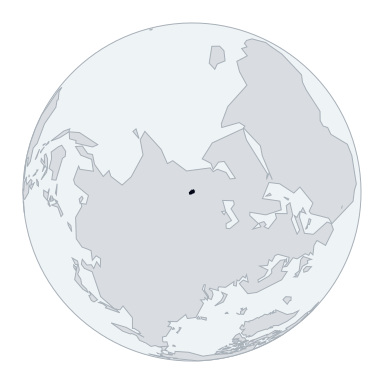 globe centered on Uruzgan, rotated 168°
{"feature_id": "AFG-1752", "entity_name": "Uruzgan", "entity_type": "Province", "adm_level": 1, "iso_a3": "AFG", "parent_name": "Afghanistan", "parent_adm1": "", "projection": "orthographic", "projection_center": [66.006, 32.797], "detail": "fine", "context": "on_globe", "style": "filled", "palette": "ink", "viewbox_px": 384, "rotation_deg": 168, "n_neighbors": 0, "source": "natural_earth", "source_scale": "10m", "svg_char_len": 11489}
<svg xmlns="http://www.w3.org/2000/svg" viewBox="0 0 384 384"><g transform="rotate(168 192 192)"><circle cx="192" cy="192" r="169" fill="#eef3f6" stroke="#a8b0b8"/><path d="M220.9,25.5L222.6,26.0L236.9,30.6L245.0,32.9L240.4,32.2L258.2,37.7L268.2,42.8L254.6,36.7L251.5,35.8L257.3,38.8L255.3,38.7L257.0,40.2L254.1,40.0L246.4,36.9L244.5,36.8L248.6,39.0L248.4,40.5L242.6,37.2L241.6,39.6L228.5,35.9L215.3,29.1L205.8,28.5L186.2,25.8L185.8,26.6L178.0,26.7L174.7,27.7L172.0,27.4L171.6,28.6L174.7,28.7L175.5,29.4L173.8,30.2L170.1,29.7L170.4,29.3L168.5,29.6L167.3,29.1L166.9,29.8L162.6,29.4L164.3,31.0L158.7,31.7L156.6,31.2L160.2,29.6L164.2,26.0L163.2,25.8L158.1,26.6L141.2,31.0L138.7,31.7L136.6,32.4L148.3,28.8L160.2,26.1L172.2,24.2L184.4,23.2L196.6,23.1L208.8,23.9L220.9,25.5ZM132.6,33.8L137.1,32.3L135.3,33.5L141.2,31.9L141.3,32.3L146.0,31.8L141.6,33.7L134.8,36.1L130.7,36.8L127.6,38.0L128.5,39.1L118.0,42.7L106.1,49.4L103.8,50.4L104.6,48.4L112.2,43.4L112.9,42.7L132.6,33.8ZM111.7,43.3L108.8,45.2L103.1,48.3L100.6,49.9L98.7,51.2L99.4,51.0L96.7,52.7L98.7,51.1L101.6,49.3L101.7,49.2L111.7,43.3ZM251.2,34.9L247.9,33.5L251.8,35.0L251.2,34.9ZM257.7,40.5L259.2,41.1L259.4,41.7L257.7,40.5ZM148.1,30.8L147.0,31.3L146.7,31.1L148.1,30.8ZM151.1,30.3L151.4,29.7L152.9,29.4L152.7,29.7L151.1,30.3ZM255.3,41.9L255.1,43.0L254.0,41.4L255.3,41.9ZM150.3,31.0L155.5,28.9L158.1,28.4L159.3,29.3L150.3,31.0ZM254.1,43.3L253.9,46.3L257.3,47.6L247.4,46.1L250.9,43.7L249.0,41.4L251.9,43.0L254.1,43.3ZM176.4,28.5L173.0,28.3L177.4,27.8L176.4,28.5ZM179.0,28.1L191.3,26.3L195.4,27.3L190.4,27.5L197.0,28.4L193.0,29.7L188.5,29.5L186.6,28.5L186.5,29.8L179.0,28.1ZM242.0,45.0L240.8,45.4L240.6,44.4L242.0,45.0ZM176.2,29.7L178.3,29.1L182.0,29.8L178.5,31.1L178.4,30.4L176.2,29.7ZM200.7,28.2L202.9,29.2L200.2,30.4L200.7,30.9L193.3,29.8L200.7,28.2ZM176.7,30.7L176.6,31.8L173.3,32.2L174.4,30.3L176.7,30.7ZM184.5,29.5L186.1,30.0L184.0,30.1L184.5,29.5ZM161.5,34.9L163.9,33.9L166.1,34.2L161.5,34.9ZM176.8,32.2L177.9,32.1L179.0,32.1L178.3,33.0L176.8,32.2ZM191.9,30.9L190.3,31.3L194.8,31.4L193.0,32.5L188.4,31.6L189.6,32.5L189.0,32.9L185.9,31.8L191.9,30.9ZM180.9,34.1L174.4,33.8L169.4,35.4L167.3,35.2L175.8,32.7L180.9,34.1ZM184.1,32.8L181.6,33.5L180.3,32.7L181.2,31.8L184.1,32.8ZM193.4,33.7L197.4,32.1L198.2,32.4L193.4,33.7ZM179.7,34.7L181.3,34.8L179.5,34.9L179.7,34.7ZM189.5,34.1L190.8,33.4L191.7,33.8L189.5,34.1ZM183.4,35.6L181.3,35.4L181.8,34.7L183.4,35.6ZM186.4,35.0L187.4,35.6L183.2,34.5L186.8,34.7L186.4,35.0ZM190.2,34.5L191.1,34.5L189.5,34.7L190.2,34.5ZM182.6,38.7L177.2,37.5L178.4,35.8L183.4,37.1L182.6,38.7ZM28.1,194.4L29.6,165.7L32.9,159.7L36.4,149.4L61.7,132.0L63.8,138.0L80.0,146.0L81.4,148.8L76.0,155.9L85.4,174.4L92.6,169.8L104.5,181.8L114.7,185.3L124.5,170.9L107.9,164.8L108.4,156.0L124.6,154.3L139.6,160.2L140.4,157.0L133.7,147.3L140.2,143.1L131.8,143.6L133.0,147.5L127.8,148.1L126.3,144.6L128.7,143.1L125.0,140.2L114.8,148.8L115.0,153.7L103.4,151.0L102.6,159.1L98.4,161.1L98.3,148.2L100.6,144.5L98.0,128.9L94.6,132.4L96.8,147.6L94.8,145.4L90.1,151.0L92.1,145.1L90.6,128.2L82.1,125.4L66.2,134.5L62.4,132.3L61.5,125.9L72.5,112.0L79.8,118.6L83.8,114.4L86.8,105.4L88.8,108.4L90.9,105.8L94.1,108.1L103.0,104.8L106.9,106.7L114.7,99.5L117.7,99.6L112.3,103.7L110.6,107.9L120.9,113.2L124.1,112.5L128.3,107.5L130.6,109.9L133.3,104.5L141.3,105.5L133.9,99.9L138.6,94.7L145.7,92.4L145.9,89.9L134.4,93.7L130.9,96.2L130.1,99.9L119.7,106.8L115.2,106.4L121.1,95.9L115.5,94.4L122.5,87.5L149.5,80.3L158.6,80.9L164.7,92.6L160.1,95.2L155.7,92.1L155.9,99.8L157.8,96.8L159.7,99.0L164.7,95.2L166.3,96.6L168.3,90.7L170.8,92.0L169.5,95.7L179.0,91.8L185.4,93.7L186.8,92.2L186.5,90.0L194.8,94.3L195.4,93.1L193.0,91.1L192.7,87.4L195.4,82.8L198.1,84.5L197.5,86.4L200.3,93.3L198.2,98.5L199.6,98.8L202.1,94.7L198.6,86.3L199.5,83.0L201.8,86.7L201.0,85.1L202.3,84.0L206.1,84.7L203.9,80.7L214.3,68.5L222.8,69.2L223.6,73.5L233.8,68.3L242.5,70.5L240.2,68.5L243.5,65.4L240.8,64.6L240.0,63.5L247.3,56.3L251.1,56.3L251.7,51.9L250.5,51.0L247.7,50.7L247.4,46.1L257.3,47.6L259.5,49.4L264.2,49.5L268.4,53.8L274.1,57.8L276.1,63.1L280.4,66.2L281.8,65.9L288.7,70.3L298.3,80.8L284.6,73.3L269.0,59.8L274.9,65.1L271.8,64.4L272.8,66.7L277.1,70.7L278.6,70.9L276.4,81.4L283.2,94.9L287.0,91.7L292.1,93.9L303.1,108.6L306.2,134.7L313.1,139.7L315.3,144.3L313.3,149.0L310.0,142.4L305.6,141.8L304.0,137.6L299.8,143.6L297.3,137.9L295.2,145.9L299.0,149.5L303.7,145.9L302.9,155.7L311.0,161.0L314.9,170.3L311.1,191.4L302.8,200.7L302.9,203.9L298.1,202.1L294.0,210.1L304.8,223.8L305.3,228.6L297.5,240.9L296.9,237.5L284.1,232.8L283.4,244.8L293.1,251.1L296.5,260.7L289.7,259.7L286.1,251.3L281.5,249.4L281.6,239.3L275.6,225.6L268.7,230.3L268.1,224.1L258.9,213.3L248.3,219.5L232.2,238.4L231.8,253.9L225.5,261.1L213.3,240.1L210.2,224.9L204.3,226.6L193.0,213.7L169.2,211.8L167.1,207.5L162.4,209.0L154.6,204.0L152.0,196.8L146.7,196.4L154.1,215.2L159.9,215.7L166.6,209.7L167.5,216.1L175.1,222.3L162.0,235.8L128.8,243.4L127.9,231.5L114.4,194.1L116.0,190.7L116.1,190.3L116.1,189.5L112.5,194.8L110.9,187.4L115.7,212.9L115.5,222.9L128.3,244.0L126.6,245.4L131.4,250.1L149.5,248.9L149.1,252.7L139.2,268.2L116.1,285.0L120.5,299.7L121.0,310.5L109.6,313.7L113.6,322.0L108.1,322.5L109.8,326.5L107.1,328.9L101.5,329.3L88.7,322.8L85.5,318.9L75.4,308.2L60.5,283.8L61.1,276.3L59.0,267.9L50.0,244.3L51.8,235.2L50.0,229.2L45.9,226.9L44.2,219.6L41.9,217.4L30.1,206.4L28.1,194.4ZM49.3,144.7L47.7,147.5L49.3,144.7ZM153.3,174.8L163.8,177.4L163.1,166.5L167.1,166.7L165.3,163.1L163.0,165.7L159.3,155.9L165.3,153.9L166.1,149.4L162.6,148.3L152.2,153.7L157.3,167.5L153.2,171.1L153.3,174.8ZM102.9,48.5L102.6,48.7L100.3,50.2L100.6,50.0L102.9,48.5ZM94.9,55.5L90.6,58.2L93.9,55.9L93.4,55.7L99.7,51.1L102.9,50.6L100.4,51.5L94.9,55.5ZM108.9,45.3L104.6,47.9L109.2,45.1L108.9,45.3ZM99.3,90.3L99.0,93.0L95.6,95.3L90.7,94.1L95.5,90.6L99.3,90.3ZM99.3,96.4L106.5,87.0L109.9,87.8L106.8,88.9L108.3,90.3L103.7,92.5L99.8,103.0L96.6,105.8L89.2,101.3L93.4,101.0L93.5,98.2L99.3,96.4ZM119.1,65.4L122.2,62.4L125.4,67.8L122.1,70.1L116.9,68.7L117.8,65.3L119.1,65.4ZM151.4,33.5L152.4,32.7L153.5,32.7L153.4,33.4L151.4,33.5ZM162.4,34.5L148.1,37.1L148.5,36.2L139.6,39.3L137.2,38.5L143.1,36.4L134.6,38.3L139.0,36.1L133.1,37.8L146.4,33.3L149.9,31.7L146.9,33.7L148.9,34.5L150.9,34.3L159.1,33.0L167.8,30.5L171.2,31.2L171.3,32.4L169.8,33.1L168.0,32.3L167.2,33.9L163.5,33.3L162.4,34.5ZM170.6,51.8L169.3,49.6L167.0,54.4L163.2,53.1L163.2,53.8L159.1,54.0L154.1,55.6L153.0,54.7L151.5,55.7L148.8,56.1L146.4,57.3L143.5,56.2L140.3,57.6L140.7,56.3L136.1,59.2L138.2,56.6L134.9,57.1L134.6,59.3L124.5,52.4L118.6,52.3L112.5,53.7L117.0,49.6L125.5,45.9L135.3,43.4L140.3,44.4L141.4,42.6L144.1,42.7L142.1,44.1L146.8,42.0L148.5,42.5L157.2,41.5L163.0,38.7L166.3,38.5L164.9,39.8L169.2,38.7L168.8,41.2L171.1,41.2L173.1,43.8L169.1,46.8L172.0,46.6L173.6,48.9L170.6,51.8ZM182.9,39.5L178.9,42.8L174.9,43.9L173.1,38.9L171.0,38.6L169.8,35.8L175.6,34.4L175.4,35.3L176.6,35.8L174.3,36.0L177.1,36.3L176.9,37.6L179.0,38.2L177.1,39.1L182.9,39.5ZM85.2,147.2L86.8,148.6L89.6,149.9L86.8,153.6L85.2,147.2ZM84.0,135.7L85.6,136.1L83.0,141.6L81.4,140.3L84.0,135.7ZM88.8,131.9L85.9,135.7L86.6,132.9L88.8,131.9ZM114.1,104.0L116.1,104.4L115.5,105.7L113.3,107.0L114.1,104.0ZM163.0,67.5L162.8,65.6L164.0,65.4L167.0,61.6L170.0,62.5L169.3,65.1L163.0,67.5ZM120.4,172.6L116.2,174.6L115.2,172.6L116.9,172.3L120.4,172.6ZM99.7,164.1L103.3,168.1L98.8,165.1L99.7,164.1ZM166.7,67.8L167.6,66.1L168.5,67.6L166.7,67.8ZM172.3,63.0L173.8,64.5L170.7,62.2L172.3,63.0ZM197.7,359.0L200.1,359.4L197.2,359.5L197.7,359.0ZM148.4,314.4L142.3,330.4L134.7,328.9L131.4,323.6L132.4,313.4L140.7,311.9L144.2,307.3L148.4,314.4ZM325.0,269.9L327.9,268.6L327.7,269.3L325.0,269.9ZM322.0,269.8L325.6,267.8L321.2,271.5L322.0,269.8ZM326.9,267.0L330.6,263.5L332.1,261.5L331.7,263.0L326.9,267.0ZM319.5,271.2L304.6,278.3L298.4,279.2L300.1,276.3L310.2,272.6L319.5,271.2ZM299.6,276.4L289.7,273.5L274.3,257.9L279.9,256.7L295.6,264.0L294.7,266.4L300.7,269.5L299.6,276.4ZM322.4,253.8L321.4,260.4L313.4,264.0L309.7,264.8L307.1,258.0L308.6,253.2L311.7,251.9L322.6,231.9L326.6,233.2L323.7,241.1L326.9,244.8L322.4,253.8ZM232.7,255.2L237.2,263.5L233.6,265.4L232.7,255.2ZM325.8,219.3L322.2,228.1L325.2,217.4L325.8,219.3ZM326.9,209.9L327.7,213.0L325.5,210.8L326.9,209.9ZM303.9,208.5L300.6,210.7L299.9,208.4L303.8,204.3L303.9,208.5ZM317.9,178.2L319.9,185.2L319.9,187.9L317.5,184.4L317.9,178.2ZM193.5,75.8L186.0,79.8L182.6,83.9L183.8,87.8L178.9,84.3L184.2,77.9L193.5,75.8ZM211.5,69.1L210.4,66.1L213.0,66.6L213.6,67.3L211.5,69.1ZM209.3,67.9L204.1,65.9L204.8,63.7L208.8,65.7L209.3,67.9ZM185.2,66.2L182.7,67.2L182.0,65.8L185.2,66.2ZM323.4,298.2L322.9,298.8L301.0,319.7L297.5,321.5L301.2,317.7L303.6,310.2L305.0,309.6L307.5,303.2L322.1,289.4L333.4,271.7L338.2,268.0L343.9,255.4L347.9,251.1L344.9,259.7L346.9,258.9L353.5,239.3L351.2,248.5L345.9,261.8L339.4,274.5L331.9,286.7L323.4,298.2ZM332.2,265.7L336.7,258.2L338.7,256.2L332.2,265.7ZM357.1,228.1L356.7,229.7L356.2,228.6L354.2,235.9L350.6,241.3L352.0,237.1L351.9,233.6L347.1,237.9L346.1,236.2L348.2,232.2L344.5,233.7L348.6,228.2L349.9,232.4L352.1,225.3L355.0,222.1L357.2,219.6L358.2,220.3L357.7,222.9L357.6,225.6L357.1,228.1ZM347.9,241.1L348.5,240.4L347.7,242.8L347.9,241.1ZM358.6,218.4L360.0,209.4L360.1,208.5L359.1,216.8L358.6,218.4ZM360.2,208.0L360.1,208.9L360.0,207.3L360.3,206.0L360.2,207.7L360.2,208.0ZM339.5,244.1L339.3,245.8L338.1,245.6L339.5,244.1ZM341.2,241.8L344.6,240.4L340.8,243.4L341.2,241.8ZM329.0,245.0L330.2,248.1L334.2,242.9L331.2,248.5L333.5,253.1L332.4,256.1L330.2,251.0L328.8,258.7L327.0,259.7L326.4,254.3L328.4,245.6L330.2,241.4L337.1,235.3L329.0,245.0ZM341.3,237.1L340.3,233.3L341.0,229.6L342.1,231.2L341.3,237.1ZM336.7,224.6L333.3,221.2L330.8,225.1L335.3,213.8L337.9,218.9L336.7,224.6ZM333.0,214.4L330.7,218.0L332.7,211.8L333.0,214.4ZM329.7,216.6L328.9,213.0L331.0,212.2L329.7,216.6ZM334.3,213.7L333.7,206.9L335.3,210.0L334.3,213.7ZM326.4,205.0L332.0,208.4L325.8,209.4L322.8,197.1L325.2,195.2L326.4,205.0ZM322.9,145.3L320.8,142.2L322.2,139.9L323.3,142.7L322.9,145.3ZM325.0,130.6L321.9,138.3L319.1,144.9L321.2,145.5L322.9,152.3L318.3,148.3L318.4,139.3L320.9,135.3L318.9,130.0L319.2,124.7L315.3,118.9L314.7,115.5L319.0,119.6L325.0,130.6ZM313.5,116.7L306.8,106.2L310.7,104.8L313.0,106.8L314.4,112.1L312.3,112.4L313.5,116.7ZM306.3,103.3L304.2,103.7L289.8,91.7L287.8,88.9L300.7,96.7L299.4,97.6L302.3,101.0L306.3,103.3ZM242.5,46.2L240.9,45.5L242.7,45.6L242.5,46.2ZM238.4,63.2L237.6,61.7L239.7,61.7L238.4,63.2ZM236.3,57.7L234.6,58.7L235.3,56.9L236.3,57.7ZM230.9,61.3L233.4,58.8L232.6,62.2L230.9,61.3Z" fill="#d9dde1" stroke="#a8b0b8" stroke-width="1"/><path d="M194.0,190.6L194.4,190.7L194.5,190.7L194.5,190.8L194.4,190.8L194.3,191.0L194.2,191.0L194.2,191.3L194.2,191.5L194.3,191.5L194.5,191.6L194.5,191.8L194.4,191.9L194.2,191.9L194.0,192.0L193.9,192.0L193.7,192.1L193.6,192.3L193.5,192.2L193.4,192.1L193.3,192.3L193.1,192.3L192.9,192.5L192.8,192.8L192.7,192.9L192.7,193.0L192.4,193.0L192.2,193.1L191.9,193.0L191.7,192.9L191.4,192.9L191.4,193.0L191.3,192.9L191.3,192.7L191.2,192.7L190.9,192.7L190.9,192.8L190.8,193.0L190.7,193.0L190.7,193.3L190.6,193.5L190.4,193.5L190.3,193.4L190.2,193.5L190.1,193.4L190.1,193.2L190.2,192.9L190.2,192.7L190.2,192.4L189.9,192.3L190.0,192.2L190.0,191.8L190.0,191.7L190.1,191.4L190.2,191.2L190.3,191.1L190.5,191.1L190.9,191.0L191.0,191.0L191.3,191.1L191.5,191.0L192.0,191.2L192.2,190.9L192.3,190.8L192.4,190.7L192.7,190.5L192.8,190.5L193.0,190.5L193.3,190.6L193.5,190.6L193.8,190.5L194.0,190.6Z" fill="#0f172a" stroke="#020617" stroke-width="1.5"/></g></svg>